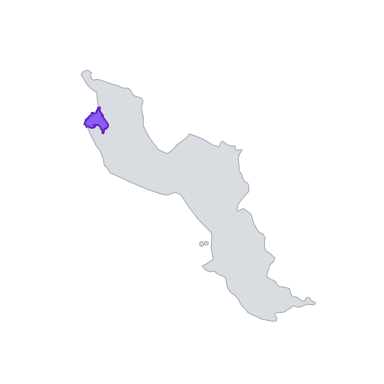 location of Mulanje, Mulanje, Malawi, rotated 151°
{"feature_id": "42251766B75579143939980", "entity_name": "Mulanje", "entity_type": "district", "adm_level": 2, "iso_a3": "MWI", "parent_name": "Malawi", "parent_adm1": "Mulanje", "projection": "mercator", "projection_center": [35.53, -15.905], "detail": "fine", "context": "in_parent", "style": "filled", "palette": "violet", "viewbox_px": 384, "rotation_deg": 151, "n_neighbors": 0, "source": "geoboundaries", "source_scale": "gbopen_adm2", "svg_char_len": 7080}
<svg xmlns="http://www.w3.org/2000/svg" viewBox="0 0 384 384"><g transform="rotate(151 192 192)"><path d="M149.2,221.4L147.0,218.4L145.3,219.2L142.8,221.2L141.5,221.8L140.9,221.7L140.4,221.2L139.9,219.9L138.0,216.1L135.9,213.4L133.7,212.3L131.9,211.1L132.7,209.8L133.5,209.0L133.1,208.1L132.1,206.8L128.2,204.9L128.1,204.1L131.6,202.5L133.8,200.5L135.3,198.7L137.2,194.6L138.7,190.5L139.9,189.2L140.3,186.5L140.0,183.5L140.8,179.6L141.2,175.9L140.0,174.5L139.0,172.1L140.2,167.9L142.0,165.0L150.8,162.0L157.0,159.3L158.2,158.1L160.3,155.8L161.5,153.5L160.7,152.8L155.8,152.8L154.7,151.9L151.2,144.0L153.1,134.9L153.3,131.3L153.2,126.9L152.6,123.6L151.1,122.3L150.1,120.6L150.4,115.8L151.8,115.3L154.9,109.0L156.2,105.3L154.6,102.4L152.8,98.2L152.0,95.5L151.5,94.6L152.8,93.0L154.8,91.4L157.2,90.9L159.6,90.2L167.3,82.4L167.4,80.9L166.0,78.3L163.1,74.4L162.5,72.8L162.1,68.0L161.0,66.6L156.8,63.5L153.5,60.1L154.5,56.7L155.1,53.0L153.5,51.0L151.1,48.9L149.6,45.8L148.9,43.5L147.0,42.6L145.3,42.6L144.0,44.0L142.7,43.9L141.0,43.4L140.5,41.4L140.4,39.3L139.2,37.8L138.1,35.8L138.0,34.7L138.7,34.4L140.1,34.2L146.3,38.3L150.1,38.5L154.3,39.2L157.9,42.8L159.7,43.3L162.1,42.8L168.8,42.4L171.6,42.9L175.0,45.0L176.4,45.3L178.6,45.4L179.0,44.8L179.2,43.6L178.8,41.1L179.3,39.7L180.7,38.3L184.3,40.0L193.6,47.8L193.8,48.8L199.7,56.5L201.6,59.8L201.6,61.5L203.4,68.3L203.8,71.5L203.4,73.9L203.5,75.8L204.2,78.6L204.0,79.8L206.1,83.8L207.1,87.2L207.3,90.5L206.7,93.8L204.9,98.5L204.5,100.4L204.9,102.2L206.1,104.1L208.1,106.1L209.6,108.6L210.7,111.4L211.5,112.7L212.6,112.7L214.6,113.2L216.2,114.8L218.0,117.7L218.6,120.9L218.9,122.3L213.6,122.2L207.0,122.7L205.4,124.0L204.9,126.8L202.8,132.7L201.6,134.8L199.2,138.7L195.7,144.3L195.0,146.1L195.1,147.9L197.2,155.5L199.3,163.4L200.0,166.5L201.5,177.0L202.4,184.5L202.5,188.8L203.2,194.7L205.1,197.9L207.1,199.9L214.6,201.1L216.8,202.5L221.0,206.3L230.3,216.6L235.4,223.2L239.9,229.0L247.9,239.9L254.1,248.3L254.9,256.2L255.9,257.3L253.8,263.2L252.4,272.7L253.4,279.0L253.0,289.8L251.9,301.2L250.5,305.4L248.6,306.9L244.3,308.1L234.7,309.6L233.3,310.9L232.1,313.2L230.1,318.5L227.8,323.8L227.1,326.1L227.6,326.6L229.6,329.4L231.6,336.4L232.0,348.3L231.3,349.2L228.5,349.8L225.4,349.6L224.2,348.9L223.1,347.6L222.2,345.0L224.2,343.2L224.9,340.1L223.7,337.4L221.1,336.8L217.9,334.4L210.9,326.4L205.1,320.8L201.8,316.1L198.3,314.3L197.3,313.1L196.5,311.2L196.5,308.4L196.8,306.3L195.7,303.9L192.3,300.3L190.7,298.3L190.6,295.9L192.1,293.6L195.0,290.8L197.3,285.1L198.1,281.4L202.3,274.0L202.9,267.6L202.9,262.4L202.7,258.6L201.6,250.7L200.9,245.3L195.7,238.2L194.0,237.5L189.1,238.2L184.9,239.2L182.8,240.7L179.6,240.8L171.4,242.0L168.8,242.5L167.3,243.8L166.4,244.1L161.2,238.6L156.6,232.7L150.8,222.6L149.2,221.4ZM209.4,143.9L208.0,144.2L207.1,143.5L207.3,141.3L207.8,139.8L209.2,139.5L210.1,139.9L210.8,140.7L210.8,141.8L210.4,143.0L209.4,143.9ZM206.3,140.0L205.5,142.1L203.9,142.1L202.3,140.2L202.8,138.7L204.3,138.2L205.6,138.8L206.3,140.0Z" fill="#d9dde1" stroke="#a8b0b8" stroke-width="1"/><path d="M232.9,302.5L233.6,302.5L233.3,302.8L233.2,302.9L233.3,303.0L233.1,303.1L233.2,303.7L233.2,303.8L232.9,303.8L232.9,304.1L232.9,304.3L233.0,304.5L232.9,304.8L233.1,305.0L233.3,305.3L233.2,305.5L233.3,305.7L233.4,305.9L233.2,306.6L233.2,306.8L233.5,306.9L233.6,307.0L233.7,307.3L233.6,307.5L233.6,308.0L233.2,308.3L233.2,308.7L232.9,308.7L232.4,308.8L232.2,309.0L232.1,309.4L231.9,309.6L231.8,310.2L231.6,310.4L231.5,310.5L231.9,310.7L231.9,311.0L232.3,311.2L232.7,311.7L232.7,311.8L232.8,311.6L233.0,311.4L233.3,311.1L233.7,311.0L233.7,310.9L233.8,310.7L234.0,310.8L234.1,310.6L234.3,310.5L234.4,310.2L234.6,310.0L234.9,309.9L235.0,309.7L235.4,309.2L235.5,309.2L235.7,309.3L235.8,309.3L236.1,309.0L236.1,308.9L236.3,308.8L236.4,308.6L236.5,308.5L236.5,308.2L236.9,307.9L237.2,307.8L237.2,307.7L237.5,307.7L237.8,307.5L238.0,307.6L238.3,307.6L239.0,307.9L239.3,307.9L239.5,307.8L239.8,307.8L239.7,308.1L239.8,308.2L239.9,308.3L239.8,308.5L239.9,308.8L240.0,308.7L240.1,308.8L240.3,308.9L240.4,309.1L240.2,309.1L240.3,309.3L240.4,309.2L240.6,309.3L240.8,309.2L241.0,309.3L241.1,309.7L241.3,309.8L241.3,309.7L241.6,309.5L241.6,309.3L241.7,309.5L241.8,309.5L241.9,309.3L242.1,309.2L242.0,308.8L242.1,308.7L242.3,308.4L242.6,308.0L242.5,307.9L242.8,308.1L243.0,308.2L243.1,308.4L243.1,308.1L243.3,308.1L243.5,308.0L243.7,308.3L244.0,308.4L244.1,308.2L244.3,308.1L244.5,308.0L244.8,308.0L245.0,308.0L245.1,307.9L245.4,307.9L245.3,307.6L245.5,307.6L245.9,307.4L246.2,307.3L246.5,307.2L246.8,307.0L247.2,306.8L247.3,307.0L247.4,306.9L247.6,307.0L247.8,307.1L248.0,307.1L248.1,306.9L248.2,307.0L248.4,306.9L248.4,307.1L248.7,307.0L248.6,306.9L248.7,306.6L248.8,306.6L249.0,306.6L249.7,306.2L249.8,306.0L250.0,306.0L250.1,305.9L250.2,306.0L250.2,305.9L250.3,305.9L250.7,305.9L250.8,305.7L251.0,305.6L250.9,305.5L250.9,305.4L251.0,305.2L251.3,305.1L251.5,305.0L251.6,304.9L251.8,304.8L251.9,304.7L252.0,304.7L252.3,304.5L252.5,304.4L252.8,304.2L253.0,303.9L252.9,303.8L253.0,303.6L252.9,303.4L253.0,303.4L252.9,303.3L253.0,303.1L252.9,302.7L252.6,302.6L252.5,302.4L252.5,302.2L252.5,301.9L252.5,301.7L252.5,301.4L252.5,301.2L252.6,300.7L252.6,300.4L252.8,300.1L252.3,300.0L252.1,300.1L251.8,300.1L251.7,300.0L251.6,299.9L251.4,299.9L250.9,300.1L250.6,299.6L250.8,299.4L250.8,299.2L250.8,298.9L250.7,298.7L250.4,298.5L250.3,298.4L250.2,298.2L249.9,297.6L249.7,297.4L249.4,297.3L249.2,297.3L249.1,297.0L248.8,296.7L248.7,296.8L248.4,296.8L248.2,296.6L248.0,296.8L247.7,296.7L247.5,296.4L247.5,296.0L247.4,295.9L246.9,295.9L246.6,295.9L246.0,295.9L245.4,295.9L245.3,296.0L244.6,296.6L244.7,296.8L244.8,296.9L244.9,297.1L245.6,297.8L245.9,298.3L245.8,298.5L244.9,297.6L244.5,297.4L244.3,297.2L243.7,297.6L243.5,297.2L243.1,297.0L243.0,296.7L242.9,296.5L242.4,296.6L242.4,296.4L242.1,296.1L241.8,296.0L241.7,296.1L241.5,295.6L241.4,295.3L241.4,295.1L241.3,294.8L241.1,294.5L240.8,294.2L240.8,293.5L240.8,292.9L240.8,292.6L240.9,292.3L241.0,291.8L241.0,291.2L241.0,290.8L240.9,290.5L240.7,290.3L240.5,290.2L240.4,290.2L240.1,289.9L240.2,289.7L240.4,289.7L240.3,289.4L240.5,289.3L240.4,289.2L240.5,289.0L240.7,288.9L240.8,288.7L241.0,288.5L241.1,288.4L241.2,288.2L241.3,288.1L241.5,287.8L241.5,287.6L241.7,287.3L241.6,287.2L241.8,287.1L241.7,286.9L241.5,286.7L241.4,286.5L241.3,286.3L241.1,286.3L241.1,286.5L240.9,286.4L240.8,286.6L240.5,286.7L240.1,286.9L239.9,287.2L239.9,287.4L239.8,287.5L239.7,287.6L239.5,287.8L239.4,288.2L239.3,288.5L238.9,288.7L238.7,288.7L238.5,288.8L238.4,288.9L238.3,289.0L238.2,289.2L238.1,289.3L238.0,289.2L237.8,289.2L237.7,289.3L237.5,289.2L237.4,289.3L237.2,289.3L236.9,289.4L236.8,289.5L236.7,289.4L236.4,289.2L236.5,289.1L236.4,289.1L236.1,289.0L236.0,288.9L235.9,289.0L235.7,289.2L235.7,289.3L235.4,289.4L235.4,289.5L235.1,289.5L234.9,289.6L234.7,289.7L234.4,289.8L234.3,289.7L234.2,289.8L233.8,289.8L233.6,289.8L232.5,292.1L232.6,292.7L232.6,293.0L232.9,295.2L233.1,297.5L233.4,299.6L233.4,300.8L233.3,301.0L233.0,301.4L232.6,302.1L232.9,302.4L232.9,302.5Z" fill="#8b5cf6" stroke="#5b21b6" stroke-width="1.5"/></g></svg>